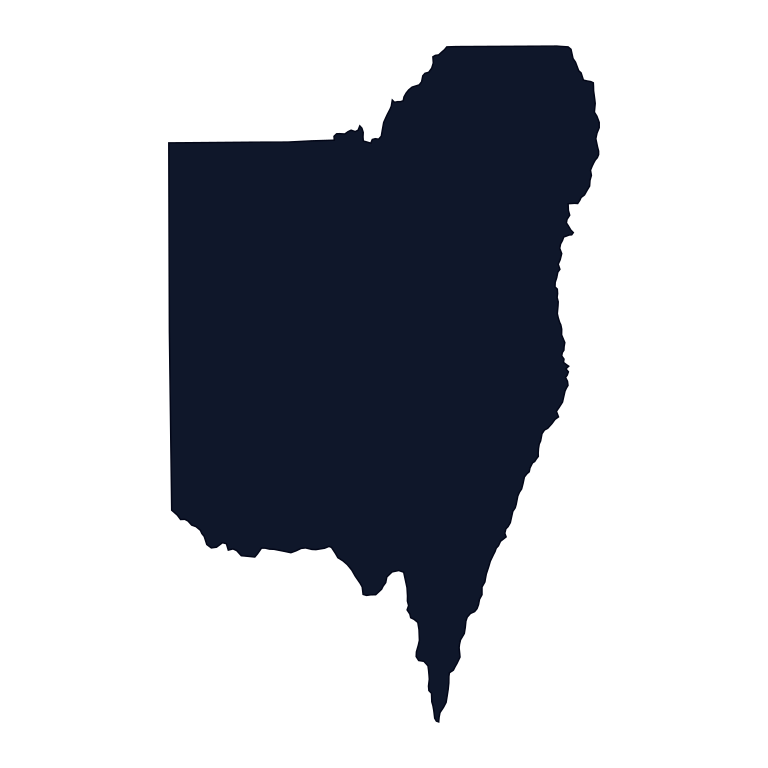 Parecis, Rondônia, Brazil
{"feature_id": "56859067B9929029534731", "entity_name": "Parecis", "entity_type": "district", "adm_level": 2, "iso_a3": "BRA", "parent_name": "Brazil", "parent_adm1": "Rondônia", "projection": "equal_earth", "projection_center": [-61.327, -12.313], "detail": "fine", "context": "isolated", "style": "filled", "palette": "ink", "viewbox_px": 768, "rotation_deg": 0, "n_neighbors": 0, "source": "geoboundaries", "source_scale": "gbopen_adm2", "svg_char_len": 3781}
<svg xmlns="http://www.w3.org/2000/svg" viewBox="0 0 768 768"><path d="M557.0,46.1L456.4,46.6L446.8,46.9L444.5,49.7L441.6,52.2L438.7,54.9L435.3,55.4L432.9,56.8L433.3,63.0L431.7,68.2L428.7,72.3L425.0,73.3L422.8,75.8L421.6,81.8L419.2,84.9L412.1,87.1L408.7,89.9L406.2,93.0L404.0,96.9L403.2,100.8L400.4,101.7L397.5,101.7L394.5,102.3L392.3,100.1L391.3,106.2L390.1,109.1L387.4,114.3L385.8,117.7L383.7,122.4L382.3,130.2L381.3,136.2L378.6,139.2L375.3,138.7L372.3,139.5L370.8,143.2L367.5,142.2L363.3,141.0L363.0,137.0L363.2,132.4L361.9,128.2L359.8,125.9L358.1,130.2L355.2,131.6L351.1,130.2L348.0,131.7L344.8,134.0L339.6,133.7L336.6,133.8L334.0,136.3L334.3,140.2L311.4,140.9L305.5,141.2L287.6,142.1L254.8,142.2L182.6,142.8L168.8,142.9L169.1,238.5L169.4,331.4L171.7,510.2L177.3,515.1L180.6,519.5L184.8,519.3L188.0,521.0L191.7,525.1L196.0,526.6L200.4,530.3L201.9,533.6L204.2,536.4L206.8,544.5L211.3,547.9L216.5,547.2L222.5,542.7L226.4,543.7L228.3,550.1L233.0,548.9L236.7,550.6L241.3,555.7L244.8,556.0L254.8,557.0L257.5,553.8L259.4,551.1L261.5,548.1L265.1,548.1L269.4,549.1L274.1,549.3L284.3,551.3L290.9,552.7L296.1,550.8L301.1,548.4L305.6,547.9L311.8,549.4L315.9,549.6L324.6,548.2L329.0,546.4L331.5,547.4L335.5,553.5L337.9,557.7L342.9,560.8L347.3,564.6L351.8,570.1L355.2,576.1L360.1,583.2L362.2,586.9L363.1,594.4L366.5,595.4L370.7,594.8L375.7,594.7L381.6,589.2L383.0,586.3L385.7,582.6L386.8,577.0L392.1,571.9L398.8,570.5L403.7,572.2L407.0,587.6L407.5,595.9L407.4,601.0L408.6,605.6L407.1,609.9L409.9,614.1L410.7,617.7L414.0,619.3L417.8,622.4L419.0,629.7L419.2,635.0L419.4,640.4L418.3,645.3L416.4,651.9L416.2,656.6L418.7,660.5L423.9,661.3L428.0,665.9L428.6,670.5L429.0,674.8L429.3,679.2L428.5,686.2L428.9,690.6L431.5,693.3L431.8,701.8L432.9,705.5L433.8,710.6L434.7,718.2L436.4,721.1L438.7,721.9L439.1,717.2L440.0,712.6L443.4,707.5L446.1,702.4L447.2,695.7L448.2,689.1L448.8,683.0L448.9,676.3L449.4,672.8L453.4,670.1L455.0,666.9L457.0,663.4L460.0,657.1L459.7,653.5L459.1,647.8L459.5,644.3L460.5,639.9L464.3,633.5L465.3,627.2L465.9,621.1L467.2,617.2L470.4,613.5L474.6,611.6L477.0,608.7L478.5,604.7L479.5,599.3L482.0,594.7L482.0,587.0L484.9,581.9L485.4,578.8L486.3,574.0L488.7,566.7L490.3,561.2L493.5,554.5L495.0,551.6L496.2,548.2L498.4,545.8L500.5,541.3L506.1,536.9L504.8,533.2L505.9,528.8L508.0,526.7L510.3,522.7L512.8,511.4L515.2,507.8L516.2,504.3L517.8,496.0L519.5,492.1L521.6,489.0L523.0,483.6L524.4,477.0L526.9,473.8L529.2,471.8L530.0,467.9L532.5,462.9L534.7,461.5L536.3,459.0L538.3,456.4L538.2,453.0L538.5,448.5L539.2,444.1L540.6,441.0L542.0,433.7L544.5,430.0L547.7,428.3L552.0,423.5L555.0,419.4L558.5,416.9L556.4,411.3L558.8,407.9L562.5,402.1L564.0,395.5L565.0,391.1L566.4,388.1L568.0,385.4L567.5,381.3L565.5,377.4L567.2,375.2L568.4,371.8L565.9,368.9L568.7,366.2L566.5,364.7L563.5,362.4L564.0,359.1L561.7,355.9L562.3,352.6L563.9,350.2L564.1,346.6L564.8,342.6L561.6,334.9L561.7,329.2L560.8,324.8L559.6,322.3L558.2,317.7L557.3,313.6L558.0,306.0L558.2,301.8L557.1,297.4L557.6,293.7L557.3,289.1L555.0,286.9L555.2,282.3L556.7,277.7L557.8,272.2L559.9,269.3L558.2,264.2L560.2,259.7L561.7,253.6L559.7,248.3L560.6,243.9L562.5,240.4L563.7,237.0L566.3,236.1L569.2,235.0L571.7,234.8L573.3,232.6L570.7,229.9L568.3,225.8L566.4,222.9L567.0,219.4L569.7,215.2L568.4,210.5L568.1,203.7L574.6,203.3L577.7,203.5L579.8,200.3L581.1,197.5L584.5,194.9L586.9,190.6L589.6,186.1L590.0,180.3L591.4,175.4L590.5,170.2L592.2,166.0L593.7,162.9L595.3,160.0L597.3,157.7L598.6,154.6L598.6,151.1L597.5,146.8L595.8,138.7L597.0,133.1L599.2,127.7L599.2,122.4L596.9,116.2L594.4,112.2L595.2,103.5L594.8,99.8L594.2,95.2L593.6,90.8L593.5,86.4L593.3,82.8L590.8,81.6L587.2,81.0L583.4,80.1L581.1,72.9L578.7,70.7L575.5,62.2L573.0,58.5L571.0,49.3L568.1,46.9L560.4,46.4L557.0,46.1Z" fill="#0f172a" stroke="#020617" stroke-width="1.5"/></svg>